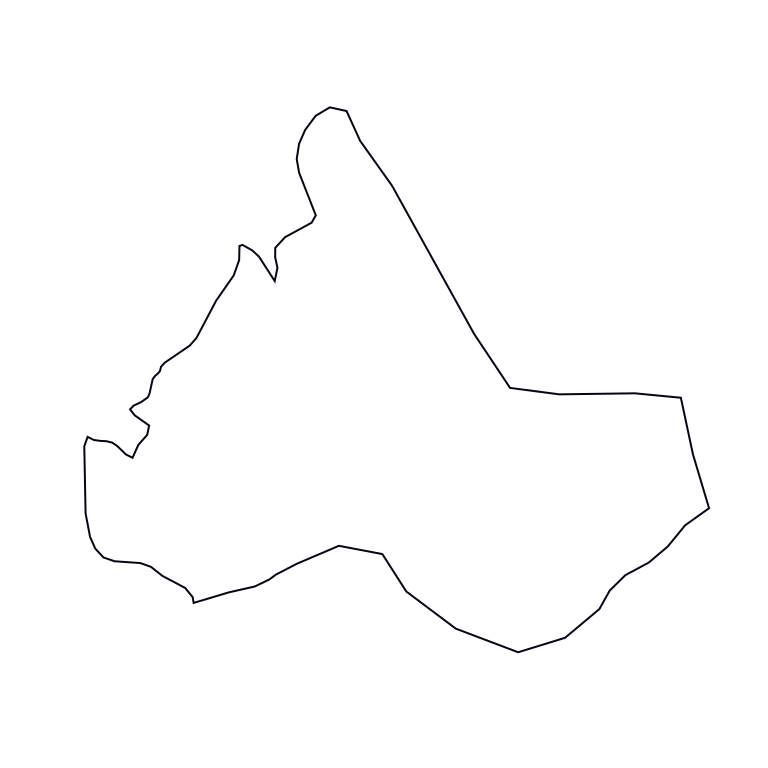 the Province of Ardahan, rotated 264°
{"feature_id": "TUR-4839", "entity_name": "Ardahan", "entity_type": "Province", "adm_level": 1, "iso_a3": "TUR", "parent_name": "Turkey", "parent_adm1": "", "projection": "equal_earth", "projection_center": [42.828, 41.094], "detail": "fine", "context": "isolated", "style": "outline", "palette": "ink", "viewbox_px": 768, "rotation_deg": 264, "n_neighbors": 0, "source": "natural_earth", "source_scale": "10m", "svg_char_len": 1210}
<svg xmlns="http://www.w3.org/2000/svg" viewBox="0 0 768 768"><g transform="rotate(264 384 384)"><path d="M286.5,73.7L353.3,79.4L362.4,83.7L358.7,89.5L357.1,95.8L356.1,102.0L354.1,107.6L350.3,112.1L340.9,120.0L336.9,126.2L349.1,133.3L358.2,143.2L367.2,146.1L378.9,132.8L385.3,128.8L388.7,132.8L391.4,140.6L395.4,147.7L399.0,149.8L413.1,154.5L416.0,157.2L417.9,160.0L420.2,162.5L424.5,164.1L428.2,168.3L442.5,194.8L449.4,202.3L484.6,225.9L507.7,245.9L522.4,252.9L536.4,254.7L537.1,257.9L530.6,267.0L523.7,273.0L497.8,286.1L510.8,290.2L521.3,289.0L530.8,290.1L540.4,301.0L552.0,328.9L558.9,333.8L602.8,321.7L616.8,320.7L631.9,324.7L645.0,332.2L657.9,344.1L664.8,359.0L659.4,375.3L628.3,385.7L580.2,412.8L502.3,445.8L424.3,478.9L366.9,509.0L355.4,557.2L348.5,632.6L339.3,677.8L281.8,683.9L226.5,694.3L212.0,668.7L192.8,649.3L178.7,628.6L168.7,604.1L155.0,586.9L137.7,574.7L112.7,537.6L103.2,489.3L133.2,429.8L175.3,384.5L215.0,364.6L227.8,322.2L214.3,278.4L205.7,256.5L201.6,249.6L196.1,234.2L193.0,207.9L186.2,171.8L191.9,171.5L201.9,165.0L216.2,143.7L226.6,133.0L231.4,122.9L235.9,97.4L240.8,86.9L250.4,79.7L251.1,79.4L253.1,78.8L262.5,75.7L286.5,73.7Z" fill="none" stroke="#020617" stroke-width="2"/></g></svg>